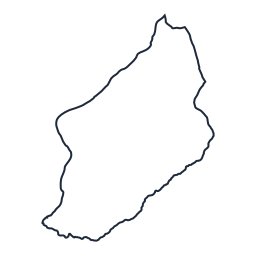 Tilisca, Sibiu, Romania (orthographic projection)
{"feature_id": "2599482B81731395938028", "entity_name": "Tilisca", "entity_type": "district", "adm_level": 2, "iso_a3": "ROU", "parent_name": "Romania", "parent_adm1": "Sibiu", "projection": "orthographic", "projection_center": [23.764, 45.562], "detail": "fine", "context": "isolated", "style": "outline", "palette": "slate", "viewbox_px": 256, "rotation_deg": 0, "n_neighbors": 0, "source": "geoboundaries", "source_scale": "gbopen_adm2", "svg_char_len": 5741}
<svg xmlns="http://www.w3.org/2000/svg" viewBox="0 0 256 256"><path d="M184.8,27.1L182.7,27.7L180.9,28.2L179.5,28.2L178.2,28.1L177.8,27.8L176.5,27.8L175.1,28.1L173.7,28.2L172.9,28.3L172.2,28.0L171.5,26.9L167.1,23.7L165.8,22.1L165.7,19.4L165.1,16.8L164.7,15.4L162.6,17.8L160.9,19.0L157.6,21.4L156.3,23.5L155.7,26.1L155.1,31.2L154.2,34.4L152.6,36.6L152.3,37.2L152.3,39.0L151.9,40.4L150.8,42.4L150.7,43.6L151.0,44.4L150.7,45.5L150.4,46.0L149.6,47.1L148.5,48.2L147.2,49.2L145.9,50.0L143.4,51.2L140.5,52.3L138.4,53.5L137.7,54.1L137.0,55.4L136.0,57.8L133.4,61.0L131.3,63.0L129.4,64.8L127.9,66.3L126.1,67.8L124.1,68.9L122.5,69.3L120.8,70.1L119.1,71.4L117.5,73.3L115.9,74.6L114.2,75.7L113.0,76.6L111.1,78.5L109.7,81.2L108.1,84.3L107.2,85.5L105.8,86.6L102.9,89.7L101.6,91.1L97.8,94.3L95.5,96.2L94.5,96.7L93.5,98.3L92.6,99.0L91.7,99.6L90.3,100.8L88.4,101.9L85.9,103.3L84.5,104.2L82.5,105.4L78.3,107.1L75.0,108.3L70.9,109.6L69.0,110.3L64.9,112.3L62.8,113.7L61.6,114.4L58.9,116.8L57.7,118.3L57.0,119.6L56.7,120.2L56.3,122.2L56.2,124.5L56.5,126.4L58.1,131.3L58.8,133.0L59.3,133.8L60.2,134.9L60.6,135.6L61.4,137.3L62.6,140.3L63.3,141.9L64.3,143.3L64.8,144.2L65.8,145.5L67.3,146.4L67.8,147.1L69.6,150.3L70.8,151.8L71.1,152.7L71.3,155.1L71.2,156.2L70.4,158.6L68.8,161.1L66.6,164.0L65.0,166.4L64.9,166.7L64.5,169.9L63.6,172.6L61.6,177.4L61.1,179.3L60.7,182.7L60.7,186.7L60.8,188.3L61.2,189.7L62.1,190.8L62.9,191.4L63.3,192.1L63.3,193.1L63.0,195.1L61.9,198.4L61.6,200.4L61.4,201.8L60.5,204.3L59.3,206.1L58.4,206.9L56.8,208.4L55.5,209.8L55.4,210.3L55.3,210.5L54.6,211.3L54.1,211.6L53.7,212.1L53.3,212.3L53.0,212.6L52.8,213.0L52.5,213.3L52.3,213.7L51.4,214.8L51.0,215.3L50.3,215.3L50.1,215.5L49.9,215.7L49.5,215.8L49.2,215.9L48.8,215.9L48.4,216.2L47.8,216.3L47.1,216.6L46.9,216.8L47.0,217.1L47.1,217.6L46.5,217.7L45.9,217.7L45.4,217.9L45.2,218.2L45.0,218.6L44.7,218.9L44.0,219.3L43.6,219.8L43.1,220.6L43.0,220.8L42.8,221.6L42.6,222.0L42.4,223.0L42.7,223.2L43.1,223.2L43.5,223.4L43.6,224.7L44.6,225.4L45.9,225.8L46.5,226.3L46.8,226.9L47.1,227.5L47.8,227.9L49.0,228.3L51.5,228.4L52.8,228.9L54.1,229.8L55.2,230.3L56.8,230.6L57.6,231.3L57.9,232.0L58.2,233.1L58.2,233.9L58.4,234.6L58.9,235.1L60.2,235.5L60.9,235.5L62.1,235.4L63.0,235.4L63.4,235.5L64.4,235.9L64.6,236.1L64.6,236.3L64.9,236.7L65.5,237.5L66.6,237.6L67.2,237.3L67.8,236.9L68.5,235.9L68.7,235.5L69.0,234.2L69.2,233.9L69.5,233.9L70.0,233.9L70.4,234.2L70.9,234.9L71.3,235.3L72.4,236.2L73.5,237.2L74.2,237.4L74.5,237.2L74.8,236.9L75.5,236.9L76.1,237.2L77.2,237.1L77.7,237.2L78.3,237.5L79.1,237.5L80.3,238.0L81.7,238.9L82.8,238.7L83.2,238.1L83.9,237.4L86.0,237.0L86.8,237.3L87.9,238.0L89.1,238.4L89.7,238.8L90.6,239.8L93.1,240.2L94.1,240.5L96.5,240.6L97.6,240.3L98.6,239.6L99.8,238.2L100.6,237.5L102.1,237.1L102.9,236.7L103.3,236.3L104.3,235.8L104.8,234.7L105.2,234.2L105.8,233.8L106.4,233.8L107.0,233.7L107.4,233.5L108.5,232.8L109.5,231.9L109.9,231.4L110.4,230.0L110.7,229.7L111.1,229.2L111.8,228.8L112.9,228.1L114.5,226.3L115.1,226.0L115.9,225.6L116.5,225.2L117.4,224.5L118.4,223.5L119.4,222.9L119.9,222.6L121.8,222.1L122.7,221.8L123.3,221.3L123.9,220.9L124.5,220.3L125.2,219.9L126.1,219.8L126.6,219.9L127.9,220.2L128.5,220.2L129.9,219.8L131.8,218.8L132.6,218.6L133.2,218.3L134.6,217.0L135.7,216.1L137.5,213.8L138.4,213.1L139.0,212.3L139.7,211.7L140.5,211.2L141.0,210.7L141.4,210.0L141.6,209.4L141.5,208.8L141.5,208.1L141.5,207.6L141.9,207.0L142.7,206.0L142.8,205.1L142.9,204.0L143.6,202.5L144.7,201.4L145.0,201.0L145.0,200.7L144.9,200.4L144.8,200.0L144.9,199.7L145.0,199.4L145.3,198.9L145.9,198.3L147.0,197.4L147.3,197.0L147.9,196.2L148.6,195.8L150.0,195.5L151.2,195.3L152.4,195.0L153.6,194.1L154.5,193.0L155.0,192.3L155.1,191.5L155.3,191.0L155.8,190.7L156.2,190.6L156.7,190.8L157.2,191.0L157.9,191.1L158.5,190.9L159.0,190.6L160.0,189.9L162.1,187.5L162.6,187.0L163.0,186.8L163.4,186.4L163.8,185.6L164.1,185.4L165.1,185.1L165.7,184.6L166.4,184.6L166.8,184.3L167.3,183.8L167.8,183.6L168.0,183.1L168.2,182.5L168.9,181.1L169.5,180.3L170.7,179.7L170.9,179.4L171.2,178.4L172.4,177.4L172.8,176.9L173.3,176.1L173.7,175.8L174.0,175.4L174.4,175.2L175.2,175.2L175.7,175.0L176.1,174.9L176.9,174.9L177.5,174.6L178.3,173.9L178.7,173.8L180.2,173.8L180.9,173.2L181.5,172.5L182.1,172.1L183.4,171.1L184.3,170.3L185.0,169.9L185.3,169.7L185.5,169.4L185.6,168.8L185.8,168.2L185.9,167.6L186.0,167.0L186.1,166.8L186.4,166.4L186.9,166.2L187.4,166.2L187.9,166.2L188.2,166.1L188.3,165.9L188.6,165.4L188.9,165.2L189.4,165.0L190.1,164.9L191.2,164.8L191.6,164.5L192.1,164.0L192.5,163.6L193.2,163.5L193.4,163.4L194.0,162.9L194.5,162.7L195.0,162.4L195.3,162.0L196.1,161.2L196.7,160.9L197.7,160.8L198.6,160.7L199.5,160.5L200.5,159.9L201.0,159.5L201.4,159.0L202.0,158.0L202.9,155.6L203.6,154.0L203.9,153.5L203.8,152.3L204.1,151.9L204.3,151.1L204.6,150.4L205.2,149.7L205.9,149.1L207.4,147.9L208.3,146.8L208.5,145.7L208.4,144.4L208.4,143.5L208.8,142.5L209.7,141.0L210.1,140.4L211.8,138.9L212.4,137.9L213.1,136.5L213.6,135.9L213.6,135.1L213.6,134.1L213.5,133.2L213.2,132.3L212.6,130.8L212.2,129.7L211.2,128.5L210.4,127.0L208.6,124.8L208.2,123.8L207.7,121.2L207.4,118.8L206.8,117.1L205.5,115.7L204.3,114.2L201.7,111.4L200.6,110.5L197.9,109.1L196.2,108.2L195.7,107.7L195.4,107.2L195.2,106.7L194.1,102.6L194.4,100.9L194.6,99.5L194.8,98.9L196.1,96.8L197.1,95.3L198.1,93.1L199.3,90.3L200.2,88.8L201.6,87.0L202.5,86.0L203.1,85.3L203.4,84.6L203.5,84.1L203.7,83.5L204.3,83.0L204.6,82.6L205.3,81.7L204.6,80.6L203.3,78.5L202.6,77.5L202.0,75.6L201.4,73.8L199.7,70.1L199.1,68.4L199.3,67.8L199.3,67.1L199.1,66.4L198.6,64.5L198.1,62.3L197.9,60.8L196.9,57.6L196.3,55.6L195.5,52.5L194.5,48.9L193.6,46.0L192.9,44.7L192.1,43.1L191.2,40.5L190.6,38.8L190.1,36.3L189.7,34.9L188.9,33.3L186.8,30.0L184.8,27.1Z" fill="none" stroke="#1e293b" stroke-width="2"/></svg>